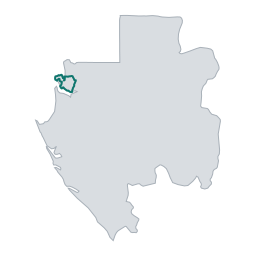 Komo-Mondah, Estuaire, Gabon shown in context
{"feature_id": "22940354B10433800471916", "entity_name": "Komo-Mondah", "entity_type": "district", "adm_level": 2, "iso_a3": "GAB", "parent_name": "Gabon", "parent_adm1": "Estuaire", "projection": "robinson", "projection_center": [9.643, 0.423], "detail": "fine", "context": "in_parent", "style": "outline", "palette": "teal", "viewbox_px": 256, "rotation_deg": 0, "n_neighbors": 0, "source": "geoboundaries", "source_scale": "gbopen_adm2", "svg_char_len": 4723}
<svg xmlns="http://www.w3.org/2000/svg" viewBox="0 0 256 256"><path d="M182.4,20.5L182.2,23.0L179.7,29.2L178.5,34.0L178.2,39.1L178.9,43.2L180.2,46.1L180.9,49.3L180.3,51.5L179.1,52.4L180.0,53.5L181.8,53.8L184.9,52.8L189.8,51.1L196.1,48.7L200.3,47.4L207.1,48.2L210.8,49.1L212.7,50.8L214.7,58.2L215.7,59.3L217.4,62.4L218.8,66.1L219.1,68.0L218.9,69.4L217.5,71.4L216.0,74.4L215.4,76.1L214.1,77.5L212.4,78.8L207.9,79.3L207.2,80.1L205.9,83.3L203.4,85.9L202.3,88.5L201.4,91.8L201.6,96.0L201.1,102.1L200.6,106.1L201.8,107.6L207.3,108.5L208.4,109.4L209.8,111.9L211.7,114.2L216.7,115.7L218.6,117.6L220.2,119.5L220.4,121.2L219.3,127.7L218.2,134.0L218.6,138.8L219.0,143.3L219.6,150.0L219.3,154.0L217.9,156.5L217.9,158.4L218.5,160.8L217.3,167.2L216.5,168.3L214.2,169.5L213.0,171.3L212.7,174.0L211.4,177.7L210.2,179.1L210.2,180.8L211.4,182.1L211.4,184.0L209.1,186.4L207.8,188.1L204.8,189.0L201.4,188.1L200.6,186.8L201.4,184.8L201.1,183.2L199.9,181.5L198.1,177.2L196.5,176.2L195.6,178.0L192.8,181.3L187.9,185.5L184.4,185.9L178.1,184.6L172.7,182.6L170.2,177.6L168.7,173.5L166.4,168.7L163.9,166.5L161.1,165.0L159.9,164.9L156.0,167.6L154.9,168.6L154.9,170.9L155.2,172.9L155.8,173.9L156.3,175.3L156.2,177.3L155.5,180.1L155.3,183.2L143.1,186.2L141.0,185.1L139.4,183.7L137.6,183.9L132.3,185.5L130.3,184.4L128.4,183.6L127.5,184.3L127.4,185.6L128.3,192.8L128.1,195.5L126.9,199.1L126.2,201.5L129.5,202.2L130.6,203.3L131.8,205.1L133.3,206.8L133.4,207.9L131.7,209.7L131.1,212.0L131.9,213.9L134.1,215.7L137.3,217.7L138.9,219.0L138.7,220.2L137.3,222.7L136.7,224.8L135.7,226.7L135.9,228.5L137.3,230.1L137.2,231.6L136.2,232.7L134.2,232.4L132.5,232.6L130.9,232.2L126.2,226.5L125.2,226.3L118.2,230.7L116.5,232.5L115.1,235.1L113.2,240.6L110.0,237.4L107.3,231.4L104.2,227.8L97.5,221.9L95.8,217.5L88.2,207.9L77.3,198.3L69.4,190.0L68.2,188.2L69.5,188.4L77.1,192.5L78.2,192.1L79.0,191.1L75.8,189.0L72.6,187.3L69.7,186.2L66.7,186.3L65.1,184.5L64.0,181.8L63.4,179.5L62.1,177.2L57.9,172.2L56.9,170.3L54.6,167.7L56.0,167.4L60.5,169.9L60.9,168.9L60.5,167.4L56.0,165.0L53.6,164.9L53.0,163.2L53.3,161.3L50.1,154.1L46.8,148.7L46.2,146.2L55.3,157.9L56.5,158.1L58.1,158.0L61.8,156.7L61.1,155.1L59.4,153.4L57.8,154.2L55.7,154.4L54.5,153.7L54.0,152.4L56.2,146.8L55.2,147.1L54.6,148.1L53.4,148.5L51.6,148.8L47.1,145.8L43.2,137.6L42.2,135.9L41.1,133.0L40.1,131.9L35.6,120.2L37.3,121.0L39.4,124.4L43.4,123.7L44.9,121.8L46.3,121.8L47.7,121.4L49.4,119.5L54.6,111.5L55.9,100.9L55.5,94.6L54.7,88.3L56.4,86.3L57.1,87.6L57.4,89.9L58.2,91.5L60.0,93.0L63.4,93.4L68.7,95.7L70.6,97.2L71.1,94.2L77.1,91.7L75.3,90.8L69.9,91.8L62.6,88.0L60.1,85.7L57.8,81.1L55.5,78.8L55.6,76.6L60.9,74.7L62.3,74.9L62.9,77.2L64.3,78.2L64.8,77.9L65.1,75.9L65.1,70.5L63.5,62.8L64.0,61.4L65.4,60.8L66.7,59.8L67.6,59.6L69.4,59.8L70.3,61.6L70.8,62.6L72.6,63.0L74.1,64.0L75.4,63.7L76.4,62.6L78.0,62.4L82.8,62.4L87.2,62.4L95.9,62.5L104.5,62.5L113.2,62.5L119.8,62.5L119.8,58.2L119.7,51.4L119.7,43.4L119.6,35.7L119.6,28.6L119.6,20.2L119.9,17.8L120.3,16.8L120.2,15.5L126.9,15.4L139.1,16.0L144.4,15.9L145.9,16.0L152.6,15.6L158.0,16.1L160.3,16.7L162.3,17.0L168.8,17.4L177.2,16.9L180.1,17.0L181.6,18.2L182.4,20.5Z" fill="#d9dde1" stroke="#a8b0b8" stroke-width="1"/><path d="M75.7,80.3L74.9,80.2L74.5,80.1L74.2,79.8L74.1,79.3L73.9,78.9L73.6,78.2L73.2,77.7L72.9,77.0L72.7,76.4L72.2,76.1L71.2,76.0L70.7,76.2L70.1,76.4L69.6,76.3L69.1,76.3L68.7,76.5L68.2,76.7L67.5,76.7L67.0,76.5L66.3,76.5L64.5,76.5L64.5,76.8L64.8,77.6L64.8,78.2L64.7,79.4L64.7,79.9L64.3,80.3L64.0,80.3L64.2,79.8L64.4,79.3L64.4,78.7L64.4,78.2L64.3,77.6L64.0,77.5L63.8,77.8L63.4,78.2L63.0,78.1L62.9,77.6L62.7,77.3L62.5,77.0L62.3,76.5L62.3,76.2L62.1,75.9L61.9,75.4L61.6,74.9L61.2,74.8L60.8,75.0L60.0,75.4L59.5,75.5L59.2,75.3L58.7,75.2L58.3,75.3L57.9,75.8L57.1,76.1L56.5,76.2L55.8,76.3L55.4,76.5L55.3,76.9L55.1,77.7L55.1,78.7L55.2,79.2L55.4,79.7L55.8,79.9L56.2,80.1L56.9,80.5L57.0,80.6L57.5,80.0L58.1,79.4L58.5,79.0L58.9,78.8L59.5,79.0L59.6,79.3L59.6,79.9L59.7,80.4L59.8,80.9L60.1,81.2L60.4,81.4L60.9,81.6L61.2,81.6L61.6,81.8L61.8,82.1L61.8,82.4L61.7,83.0L61.6,83.5L61.5,83.9L61.4,84.5L61.2,84.9L60.8,85.4L60.1,86.1L60.3,86.6L60.7,87.3L60.8,87.7L61.3,88.1L61.6,88.4L61.9,88.4L62.1,88.2L62.3,88.1L62.5,87.9L62.7,88.0L63.1,87.9L63.3,87.8L63.4,87.5L63.6,87.6L63.8,87.8L63.9,88.1L64.1,88.4L64.9,89.0L66.2,90.0L66.9,90.5L67.3,90.7L67.7,90.7L68.1,90.7L68.5,90.7L68.7,90.9L69.1,91.2L69.4,91.5L70.2,91.9L70.8,92.1L71.1,92.1L72.1,91.9L72.1,91.0L72.2,90.6L72.3,90.1L72.4,89.7L72.6,89.5L72.7,89.2L72.8,88.8L72.8,88.4L72.9,88.1L73.1,87.8L73.4,87.2L73.6,86.9L73.8,86.6L74.0,86.3L74.2,85.9L74.2,85.6L74.2,85.3L74.1,85.1L74.1,84.7L74.3,84.1L74.6,83.5L74.8,83.1L75.0,82.7L75.1,82.2L75.4,81.7L75.7,81.0L75.8,80.7L75.7,80.3Z" fill="none" stroke="#0f766e" stroke-width="2"/></svg>